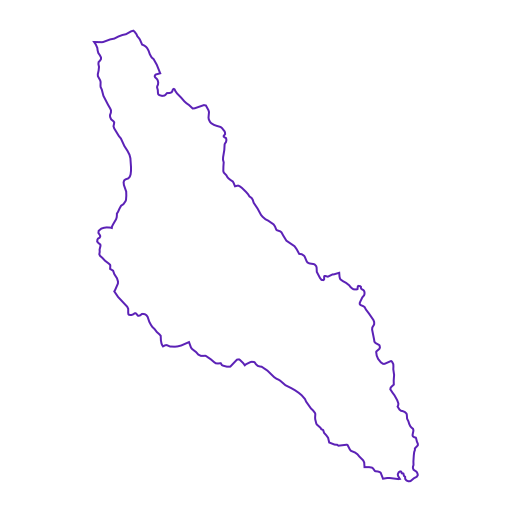 the district of Yen Lap, Phú Thọ, Vietnam
{"feature_id": "81297802B78626005730568", "entity_name": "Yen Lap", "entity_type": "district", "adm_level": 2, "iso_a3": "VNM", "parent_name": "Vietnam", "parent_adm1": "Phú Thọ", "projection": "natural_earth1", "projection_center": [105.026, 21.372], "detail": "fine", "context": "isolated", "style": "outline", "palette": "violet", "viewbox_px": 512, "rotation_deg": 0, "n_neighbors": 0, "source": "geoboundaries", "source_scale": "gbopen_adm2", "svg_char_len": 6029}
<svg xmlns="http://www.w3.org/2000/svg" viewBox="0 0 512 512"><path d="M205.9,105.5L203.9,105.1L194.7,108.3L192.7,108.5L189.1,105.1L186.4,103.2L184.3,101.3L181.2,97.7L177.0,93.4L175.4,91.1L174.6,89.4L173.8,88.9L173.3,89.1L172.7,89.9L172.3,91.2L171.6,92.3L169.7,93.0L167.0,93.1L165.3,95.0L164.3,95.6L162.1,95.9L159.3,95.1L158.5,94.5L158.1,93.9L157.9,92.2L157.8,90.0L157.1,87.5L157.2,86.3L158.0,84.6L158.2,82.5L157.7,80.3L156.9,79.0L155.1,77.3L154.7,76.2L155.0,75.3L155.8,74.5L160.2,73.3L156.8,64.8L153.6,59.1L151.8,57.6L151.3,56.9L149.8,54.2L148.6,50.8L147.2,48.2L146.2,47.0L145.2,46.2L143.8,45.3L142.1,44.6L140.1,40.0L139.3,38.6L137.3,36.2L136.5,34.3L134.7,31.9L133.4,30.7L131.2,31.3L126.0,34.2L122.4,35.0L118.4,36.5L114.3,38.6L110.2,39.4L103.2,42.0L101.9,42.2L94.1,42.0L95.8,44.5L97.3,47.9L97.6,50.3L98.3,53.0L99.9,55.3L101.0,57.5L101.0,59.0L100.1,60.5L98.6,62.1L98.4,64.0L99.0,66.9L98.6,70.6L97.8,74.2L97.9,76.2L100.2,80.4L100.6,82.0L100.5,85.5L100.6,87.0L101.8,89.6L103.4,95.8L108.0,104.7L110.2,108.5L111.0,110.3L110.9,112.6L110.0,115.1L110.1,116.9L111.1,119.3L113.6,121.4L114.2,122.3L114.0,124.0L113.5,126.2L114.2,128.4L118.9,136.1L120.9,138.5L124.4,146.1L127.5,150.9L129.5,154.8L130.4,158.3L131.0,167.0L131.0,170.9L130.6,174.4L129.8,176.7L128.3,178.4L125.5,179.4L124.2,180.4L123.6,182.3L123.9,185.0L126.2,191.6L126.3,195.8L126.0,199.9L125.5,201.2L123.4,204.2L121.1,205.7L119.5,208.6L118.0,211.9L116.9,213.6L116.9,215.1L116.7,217.3L116.1,219.2L113.0,224.5L112.0,226.5L111.8,228.0L110.3,227.6L106.7,227.4L103.9,227.8L101.3,228.6L98.7,230.8L98.4,232.9L100.1,235.5L100.2,236.6L99.6,237.7L98.0,238.6L97.4,239.7L97.2,241.6L98.5,243.1L100.3,244.5L100.5,245.8L99.6,249.5L99.7,252.0L99.3,254.2L100.0,255.8L102.4,257.9L105.0,260.7L108.8,263.6L110.1,264.8L110.3,265.8L110.1,268.9L113.1,270.7L114.3,274.1L117.0,278.3L118.0,281.6L117.9,283.6L115.1,290.0L114.3,291.4L118.1,297.0L127.2,306.7L128.2,308.8L128.2,312.8L128.4,314.2L128.8,314.7L130.2,315.0L131.4,315.0L133.1,314.4L134.7,313.3L135.3,313.2L136.2,313.6L137.9,315.7L138.5,315.8L140.1,315.4L141.9,314.0L142.9,313.9L144.8,314.2L146.4,315.2L147.6,316.8L149.3,321.8L150.9,324.8L152.3,326.9L154.6,329.1L156.8,332.0L159.5,334.4L160.7,335.8L160.9,340.4L161.5,343.5L162.1,345.0L163.0,346.4L165.1,345.3L166.7,345.1L170.0,346.5L174.9,346.7L177.6,346.4L181.2,345.5L189.0,342.1L191.0,347.6L192.2,349.1L196.1,352.1L198.3,354.6L201.0,355.9L205.5,355.8L206.1,356.1L210.8,359.3L214.2,362.2L215.8,363.3L218.0,363.5L220.7,363.2L221.9,365.1L223.2,365.7L227.0,366.7L229.4,366.7L230.3,366.6L236.9,359.7L237.8,359.5L239.1,359.4L239.9,359.9L243.2,363.1L244.8,365.3L245.9,364.3L250.4,362.1L251.7,361.8L254.0,362.0L254.8,362.5L255.9,364.2L257.8,365.9L259.9,366.5L261.6,366.7L267.4,370.6L274.1,377.1L276.4,378.7L278.6,379.7L280.2,380.7L285.4,385.2L291.2,388.1L294.9,390.2L298.7,392.8L301.6,395.2L305.0,399.1L306.1,401.6L310.9,408.4L313.0,410.4L314.8,412.7L315.2,413.5L315.3,414.5L315.1,417.5L315.2,419.2L316.3,423.6L316.8,424.5L320.5,427.8L321.3,429.2L322.9,429.9L323.2,430.2L324.1,432.9L326.2,435.2L328.1,437.8L329.2,442.5L334.6,444.6L337.2,444.8L338.4,445.7L346.8,444.7L347.6,445.1L349.8,449.4L350.9,450.8L355.0,452.5L357.5,454.3L359.3,456.5L363.2,460.4L364.2,462.5L364.5,467.1L368.9,467.1L371.9,467.6L373.0,468.4L374.9,471.0L375.3,471.2L377.9,471.5L379.8,472.1L380.7,472.8L383.0,478.7L387.2,478.0L389.8,478.0L398.4,479.1L399.8,478.9L398.1,476.0L397.8,474.7L397.9,474.0L398.7,472.3L399.9,471.5L400.6,471.4L401.1,471.6L401.4,472.1L401.5,472.8L402.0,473.4L402.8,473.3L403.4,473.6L404.0,475.9L405.1,476.8L405.2,478.9L406.2,480.2L407.1,480.8L408.6,481.3L410.5,481.1L414.0,478.2L416.7,476.8L417.7,475.3L417.7,474.3L417.0,472.4L416.2,471.5L413.6,469.8L413.1,468.6L412.9,467.8L413.0,466.5L413.5,465.0L413.4,461.4L413.8,455.3L414.2,452.0L414.9,450.0L414.9,448.4L417.5,445.7L417.9,445.0L417.8,443.7L416.9,441.6L416.0,438.0L415.7,437.6L414.4,437.3L413.7,436.9L412.9,436.3L412.6,435.6L412.6,434.6L413.4,430.8L413.3,429.8L413.0,428.8L411.4,427.5L410.3,426.2L409.2,423.9L408.4,421.3L407.1,418.7L406.8,414.7L406.5,413.6L404.8,412.0L402.4,411.0L401.2,410.9L399.5,409.6L397.6,406.6L398.1,405.6L398.4,403.8L398.1,402.7L397.2,400.2L394.4,395.2L392.6,392.8L390.3,389.3L390.7,387.6L391.8,386.4L393.8,384.6L393.7,380.5L394.1,374.9L393.3,369.3L393.4,366.5L393.3,364.2L392.2,362.0L391.4,361.1L390.8,361.1L384.9,363.7L384.0,363.9L383.0,363.8L380.9,362.4L378.1,358.9L376.7,355.6L376.2,352.2L376.3,351.5L379.4,348.8L379.9,347.6L379.7,346.0L379.3,345.1L375.5,343.0L374.4,341.7L374.1,339.6L372.1,329.6L372.3,327.5L374.1,324.5L374.2,323.1L374.1,321.8L373.4,320.0L369.0,313.6L365.9,309.5L364.6,307.1L363.3,306.2L360.5,305.0L359.8,304.2L359.7,303.1L360.2,301.8L362.3,297.4L364.1,295.3L364.5,294.0L364.5,292.2L364.1,291.0L363.4,290.1L361.9,289.3L361.3,288.8L360.9,287.9L360.9,286.8L360.2,286.2L358.3,285.9L357.8,286.5L357.5,289.1L356.7,289.4L354.5,289.4L353.3,289.2L351.8,288.2L350.3,286.8L349.3,285.4L346.1,282.9L343.0,281.2L340.6,279.5L340.0,278.7L339.5,276.6L339.2,272.8L333.8,274.4L332.6,274.4L327.8,276.7L325.4,276.0L324.6,276.0L324.2,276.3L324.1,279.4L323.4,280.1L321.5,279.9L320.0,278.0L316.8,271.9L316.6,267.6L316.2,266.2L314.8,264.6L313.8,264.1L309.3,263.4L307.5,262.5L306.7,261.4L304.7,256.7L304.1,255.8L301.7,254.2L299.2,253.9L296.7,249.3L294.5,246.2L286.4,240.7L283.2,235.5L281.5,232.4L280.3,231.4L276.9,230.2L276.3,229.7L275.0,226.5L273.6,224.4L268.1,220.6L265.5,219.3L262.6,216.8L261.0,214.9L257.6,208.6L253.7,202.8L252.7,199.7L251.6,198.0L249.4,196.4L248.1,194.3L246.0,191.9L241.9,187.9L239.9,186.4L238.5,185.7L237.5,185.7L235.0,186.3L233.6,182.9L232.8,181.5L230.5,180.0L228.4,178.3L227.3,177.0L226.4,175.3L223.8,172.6L223.3,171.1L223.4,166.6L223.7,162.4L223.0,159.7L223.1,157.2L224.3,150.0L224.6,144.5L224.9,143.6L226.0,142.0L226.4,140.1L226.2,138.8L226.0,138.1L224.6,137.4L223.7,136.6L223.7,135.9L225.1,134.1L225.0,132.6L224.6,131.4L222.0,128.1L220.6,127.0L216.5,125.8L214.0,124.9L211.2,123.2L210.0,121.9L208.8,119.4L208.5,117.6L209.0,112.1L208.5,110.3L205.9,105.5Z" fill="none" stroke="#5b21b6" stroke-width="2"/></svg>